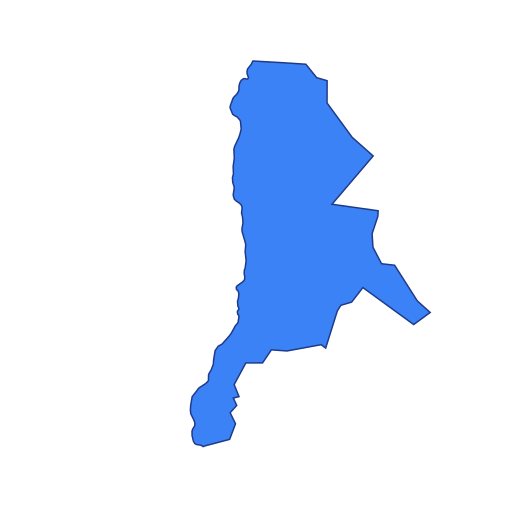 the district of McCormick, South Carolina, United States of America, rotated 51°
{"feature_id": "52423323B96528325771668", "entity_name": "McCormick", "entity_type": "district", "adm_level": 2, "iso_a3": "USA", "parent_name": "United States of America", "parent_adm1": "South Carolina", "projection": "albers", "projection_center": [-82.328, 33.836], "detail": "fine", "context": "isolated", "style": "filled", "palette": "blue", "viewbox_px": 512, "rotation_deg": 51, "n_neighbors": 0, "source": "geoboundaries", "source_scale": "gbopen_adm2", "svg_char_len": 2063}
<svg xmlns="http://www.w3.org/2000/svg" viewBox="0 0 512 512"><g transform="rotate(51 256 256)"><path d="M102.5,135.7L104.0,139.0L105.4,145.0L107.1,147.0L108.7,148.2L111.8,149.3L112.7,149.7L113.0,150.4L113.1,151.2L112.6,152.0L111.5,152.7L110.5,153.8L110.2,155.1L110.2,156.9L110.8,158.7L111.9,160.6L113.5,162.5L116.2,164.8L117.1,166.1L118.2,169.4L118.5,172.9L119.1,174.9L123.4,181.9L124.7,183.0L131.1,184.9L133.0,184.5L136.1,183.1L140.3,183.0L141.5,183.3L148.0,187.6L150.9,191.4L153.2,195.0L157.3,203.5L159.1,206.0L166.3,211.3L172.0,217.4L177.9,221.8L180.3,225.0L184.2,227.8L188.4,229.4L189.5,230.2L193.7,234.8L194.8,235.7L198.3,237.1L201.1,236.7L203.1,236.0L206.4,235.3L208.9,235.9L210.8,237.4L213.5,240.2L216.4,241.5L219.5,243.4L222.4,245.6L225.5,249.3L226.9,250.5L228.4,251.5L238.0,255.5L240.8,256.9L245.9,261.8L253.4,266.6L258.8,272.3L259.6,273.9L262.0,276.1L265.5,278.1L267.0,279.6L267.5,280.8L267.7,282.9L267.3,289.2L267.4,290.1L268.0,291.2L269.9,292.3L271.3,291.9L272.8,292.2L275.0,293.5L277.7,296.2L279.6,298.9L283.6,301.7L285.2,301.9L286.1,302.5L286.7,303.1L287.0,304.7L287.7,305.7L289.8,306.9L290.6,306.7L292.2,307.2L296.5,312.0L297.3,316.2L300.5,323.9L301.2,326.6L303.1,337.8L302.3,342.1L303.8,347.3L310.5,354.8L312.7,356.7L313.7,358.0L316.4,362.7L317.8,366.5L318.5,367.7L322.8,371.3L323.3,373.2L323.3,373.5L323.4,376.0L322.6,383.2L325.2,394.2L331.0,400.8L334.6,404.1L337.7,406.0L343.4,407.3L344.6,407.6L346.7,408.3L347.8,409.0L349.4,410.5L350.7,414.2L352.0,416.1L354.1,417.7L355.3,418.7L360.6,421.2L363.1,421.6L364.9,421.0L368.0,418.2L370.1,417.1L370.8,417.1L371.7,414.6L381.9,391.9L373.5,377.5L361.5,374.7L360.0,365.0L352.1,363.0L354.6,357.7L342.2,353.9L332.7,331.2L343.2,318.2L338.6,303.1L349.3,291.7L365.9,261.2L371.4,259.8L349.9,227.4L347.7,221.1L352.0,210.7L347.8,192.8L408.5,176.6L409.5,156.2L392.4,158.9L350.4,154.1L341.0,163.3L322.8,159.6L311.7,151.7L301.9,136.4L297.7,132.6L263.6,164.4L252.0,102.0L224.3,106.6L181.8,104.5L164.5,90.4L155.6,96.6L138.3,96.6L122.4,113.8L102.5,135.7Z" fill="#3b82f6" stroke="#1e3a8a" stroke-width="1.5"/></g></svg>